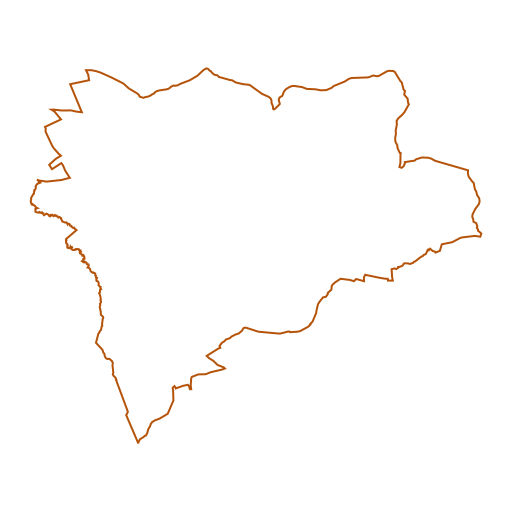 outline of Voslabeni, Harghita, Romania
{"feature_id": "2599482B3089153619350", "entity_name": "Voslabeni", "entity_type": "district", "adm_level": 2, "iso_a3": "ROU", "parent_name": "Romania", "parent_adm1": "Harghita", "projection": "robinson", "projection_center": [25.647, 46.621], "detail": "fine", "context": "isolated", "style": "outline", "palette": "amber", "viewbox_px": 512, "rotation_deg": 0, "n_neighbors": 0, "source": "geoboundaries", "source_scale": "gbopen_adm2", "svg_char_len": 5848}
<svg xmlns="http://www.w3.org/2000/svg" viewBox="0 0 512 512"><path d="M392.8,280.6L392.1,276.9L391.6,269.2L394.6,268.4L396.2,269.1L398.1,267.9L398.1,267.0L399.6,266.9L402.3,265.8L402.9,265.3L403.7,263.7L404.7,263.3L408.2,263.4L409.9,264.0L413.0,262.9L413.9,261.8L415.2,261.4L420.8,257.0L423.1,255.8L423.7,254.9L425.6,254.2L427.1,251.5L427.4,250.4L428.2,249.5L428.9,250.2L430.1,248.7L432.7,251.0L434.9,251.6L435.5,252.6L439.9,250.8L441.8,244.3L452.2,242.2L460.1,238.0L462.2,237.4L474.9,235.9L480.3,236.7L481.3,233.5L478.0,230.6L478.0,229.4L476.8,227.9L477.3,226.2L476.2,223.1L473.5,221.8L473.1,218.6L472.3,217.3L472.5,214.5L475.3,208.9L478.9,204.1L479.6,201.5L479.2,198.3L477.0,194.8L476.2,191.4L474.9,189.3L473.7,183.0L471.9,181.1L468.7,176.7L467.9,173.7L468.0,170.3L435.1,160.8L431.2,158.6L428.0,157.7L421.8,157.5L416.0,159.3L414.7,160.6L404.8,162.1L405.0,163.2L403.5,166.3L402.9,166.9L401.6,167.8L399.4,167.0L400.4,163.2L400.5,153.5L400.7,153.2L399.7,152.8L397.6,148.2L397.2,145.0L395.7,142.4L395.2,140.3L395.2,137.6L395.9,134.4L395.7,130.5L396.9,124.4L396.6,121.0L398.1,118.5L402.5,114.5L404.5,112.1L408.9,104.2L408.1,102.9L407.6,98.6L404.2,94.6L405.0,91.0L403.6,89.6L401.8,82.6L400.2,80.8L394.7,71.8L393.1,71.0L388.9,70.8L386.8,71.4L378.7,76.0L376.7,76.2L373.4,75.5L368.2,77.4L351.6,78.0L348.9,78.8L344.8,81.5L333.8,86.0L331.5,87.9L326.3,90.1L320.7,90.3L315.6,89.3L306.8,88.9L302.1,87.1L294.0,85.9L291.8,86.1L289.1,87.2L285.8,89.3L283.8,91.8L282.4,95.7L279.5,97.6L278.7,99.7L279.8,103.9L279.5,104.4L274.8,109.0L273.6,109.4L273.1,108.8L272.9,106.2L271.5,102.9L271.5,100.4L270.7,98.6L268.8,96.9L261.9,93.8L249.6,84.9L242.7,84.1L235.9,82.5L232.1,80.3L229.9,80.0L218.8,76.9L217.5,75.4L214.6,74.8L213.5,74.1L211.4,72.1L211.1,71.4L209.7,70.7L208.1,68.9L206.9,68.5L206.4,68.4L203.4,70.1L197.6,75.6L189.9,80.2L180.0,84.0L177.5,85.4L174.5,85.8L173.9,85.5L172.4,86.0L171.1,86.7L169.0,88.5L166.8,89.3L158.9,90.5L156.5,91.3L154.8,92.4L154.2,93.4L152.0,94.4L151.2,95.2L147.9,96.7L145.9,96.9L143.5,97.8L139.7,96.7L139.0,95.1L137.6,93.7L128.8,88.4L123.4,83.5L111.3,77.4L100.8,72.7L96.3,71.2L91.5,70.2L86.0,70.2L88.2,74.6L89.1,80.2L70.2,84.2L81.8,112.2L76.4,111.6L71.1,110.4L61.6,110.5L53.7,109.6L51.5,109.7L54.4,111.4L61.0,119.4L45.0,126.9L45.8,128.7L45.5,130.4L45.7,131.9L51.9,145.2L53.4,147.8L58.6,153.7L60.9,155.7L55.7,158.9L49.2,164.8L52.0,169.2L61.3,163.1L62.9,165.2L65.3,170.8L69.8,177.8L61.4,180.0L46.6,181.6L39.5,180.6L37.8,180.0L37.7,180.3L39.1,181.3L38.9,182.1L40.0,182.0L40.4,182.6L37.4,183.8L36.1,185.4L35.6,186.5L35.9,187.3L35.2,189.6L34.3,190.1L34.4,191.2L33.9,192.0L34.1,192.6L33.7,194.0L33.3,194.1L31.0,198.1L31.2,199.4L30.7,201.0L31.2,203.2L32.3,203.9L31.9,204.6L34.2,205.3L35.6,206.7L35.9,207.5L37.4,208.2L35.4,208.9L35.4,211.7L35.8,212.0L38.0,212.6L38.7,212.6L39.2,212.0L40.0,212.7L41.7,212.3L41.7,213.1L43.2,213.3L43.1,213.8L44.0,215.2L46.6,213.6L48.6,214.9L49.4,215.7L49.2,215.9L49.5,216.3L50.5,216.2L51.0,215.5L50.9,214.9L52.3,214.8L53.4,216.1L54.5,215.2L54.7,215.8L55.4,215.8L55.9,215.4L56.5,216.2L57.7,216.3L58.3,217.5L59.6,217.0L60.3,217.8L61.2,218.2L61.0,219.0L62.2,220.7L62.2,221.4L65.3,222.6L66.6,222.4L67.6,224.3L67.9,223.7L69.2,223.9L69.9,224.8L69.9,225.5L71.2,225.9L71.1,226.1L71.6,226.8L73.1,227.9L74.2,227.7L74.3,228.4L76.5,230.1L66.0,239.1L66.5,240.1L66.0,240.5L66.1,241.4L65.9,241.9L66.4,242.7L66.4,243.5L67.5,244.3L67.3,245.3L67.7,245.9L67.4,246.1L67.2,247.0L67.4,247.7L68.9,248.2L70.2,247.7L70.4,246.9L70.6,247.3L71.8,246.9L72.1,247.3L71.2,248.6L71.3,249.1L73.0,250.0L74.7,249.9L75.3,249.2L76.0,249.6L76.7,249.0L77.3,249.0L78.9,249.3L79.1,250.3L80.3,250.4L80.1,250.9L80.7,251.5L80.1,251.7L80.4,252.2L79.8,252.6L80.0,253.2L80.5,253.0L81.2,254.2L82.0,254.5L82.2,255.4L82.6,255.2L83.1,255.8L83.5,255.3L84.2,256.5L84.5,258.7L83.3,259.0L83.5,259.9L82.2,261.0L83.2,261.3L82.9,261.6L83.2,262.2L84.6,262.4L85.2,261.9L86.6,262.8L86.6,263.7L87.1,264.3L88.4,264.3L88.8,265.7L87.6,267.5L89.1,268.0L90.0,268.9L90.7,271.3L91.4,271.9L92.4,272.5L92.9,272.3L93.4,273.0L94.5,272.9L95.4,273.9L95.2,275.2L95.6,275.7L95.2,275.8L95.8,275.9L95.9,277.6L97.0,278.0L96.2,280.0L96.7,281.1L98.0,281.4L98.8,283.3L98.5,285.0L99.6,286.5L100.7,287.0L100.4,288.3L101.1,289.2L100.0,290.0L99.9,292.4L99.1,293.1L100.3,296.0L100.8,299.4L100.4,300.2L101.0,301.2L101.0,302.2L99.9,303.9L100.2,304.4L100.2,305.4L99.7,306.9L100.3,309.0L100.1,309.7L100.7,311.0L100.9,314.8L103.0,316.8L103.3,317.7L102.7,319.1L102.0,324.5L102.3,325.7L101.5,327.0L101.1,329.7L99.6,331.5L99.2,332.8L98.4,333.6L96.0,342.8L102.5,349.9L103.3,352.5L104.3,353.6L104.8,356.2L105.9,358.2L107.4,359.0L109.4,358.8L111.7,360.8L112.5,362.2L112.8,362.9L112.5,365.3L113.3,372.6L112.8,374.4L113.5,375.7L115.5,377.7L116.3,379.7L116.0,379.8L127.8,411.5L127.7,412.3L126.2,415.1L138.4,443.6L138.2,442.9L139.9,439.3L143.6,437.0L144.9,435.7L145.9,435.6L147.2,433.2L148.4,428.9L150.0,426.4L150.8,424.0L152.1,422.1L155.0,420.3L159.4,418.7L167.7,413.8L173.4,400.5L173.1,390.2L172.6,388.0L174.4,386.1L175.7,387.6L175.8,388.4L183.1,385.8L187.8,384.8L189.0,386.0L189.9,389.2L191.2,389.2L190.7,385.4L191.2,378.4L191.8,376.9L198.3,374.4L205.8,374.2L210.7,372.2L222.0,369.6L224.9,368.5L223.6,367.3L217.6,365.0L213.3,360.8L209.1,358.2L206.7,355.9L218.1,348.7L220.3,347.8L219.5,346.0L221.9,342.8L224.0,341.6L226.1,339.4L229.6,338.3L231.8,336.4L235.6,334.5L238.5,333.6L241.8,330.9L243.5,328.2L244.2,327.8L246.0,327.7L258.4,331.7L278.0,333.5L280.6,333.5L288.2,331.5L289.4,331.5L290.1,332.2L297.5,331.7L300.1,331.1L308.1,326.8L310.4,324.6L310.1,324.2L312.6,321.5L316.1,313.2L316.6,310.0L318.0,304.2L319.5,301.8L323.0,297.4L326.0,296.7L327.8,294.1L327.7,293.0L331.4,289.6L331.7,286.2L332.8,284.3L333.9,283.6L334.6,282.7L340.5,278.8L349.8,279.9L353.9,281.2L356.2,279.0L364.0,281.2L363.9,277.4L365.2,274.8L379.6,277.8L385.1,278.7L387.8,278.8L388.0,280.6L392.8,280.6Z" fill="none" stroke="#b45309" stroke-width="2"/></svg>